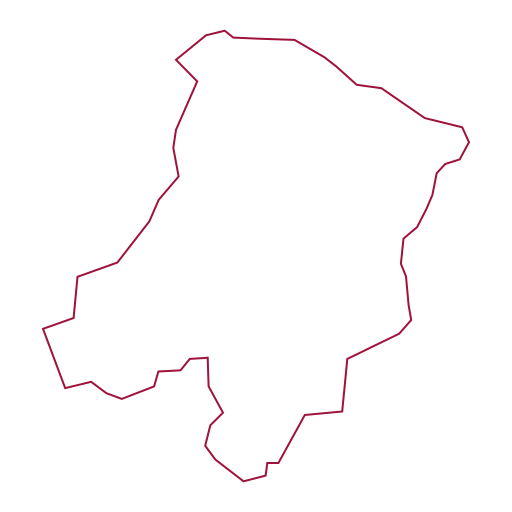 Pukë, Shkodër, Albania
{"feature_id": "67620474B73280275449109", "entity_name": "Pukë", "entity_type": "district", "adm_level": 2, "iso_a3": "ALB", "parent_name": "Albania", "parent_adm1": "Shkodër", "projection": "mercator", "projection_center": [19.995, 42.061], "detail": "fine", "context": "isolated", "style": "outline", "palette": "rose", "viewbox_px": 512, "rotation_deg": 0, "n_neighbors": 0, "source": "geoboundaries", "source_scale": "gbopen_adm2", "svg_char_len": 998}
<svg xmlns="http://www.w3.org/2000/svg" viewBox="0 0 512 512"><path d="M411.2,320.0L408.6,305.1L406.0,276.4L400.9,263.8L403.5,238.6L417.1,227.1L426.5,208.8L432.4,195.0L436.7,173.2L445.2,164.0L459.7,159.4L469.0,142.2L462.2,127.3L424.8,118.1L381.4,88.2L356.7,84.8L336.2,66.4L324.3,57.2L294.5,39.9L261.3,38.8L233.3,37.6L224.7,30.7L206.0,35.3L176.0,59.8L197.2,81.4L176.0,129.8L173.3,147.8L178.6,176.5L158.7,199.8L149.4,221.3L117.4,262.5L77.5,276.8L73.6,318.0L43.0,328.8L57.2,366.8L65.2,388.1L91.1,381.8L106.4,393.2L121.8,398.9L154.1,386.4L156.4,378.3L158.4,371.5L175.6,370.6L180.5,370.3L182.6,367.8L185.8,363.8L189.8,358.9L197.8,358.4L203.0,358.1L207.7,357.7L208.6,386.4L223.0,412.7L210.3,425.3L205.2,445.8L215.4,459.6L243.5,481.3L265.6,475.6L266.5,469.2L266.8,466.8L267.3,463.0L270.7,463.0L274.3,463.0L278.4,463.0L304.8,415.0L342.2,411.5L345.4,378.7L347.1,360.9L347.3,358.9L358.3,353.6L370.1,347.8L378.4,343.8L391.6,337.4L399.2,333.7L411.2,320.0Z" fill="none" stroke="#9f1239" stroke-width="2"/></svg>